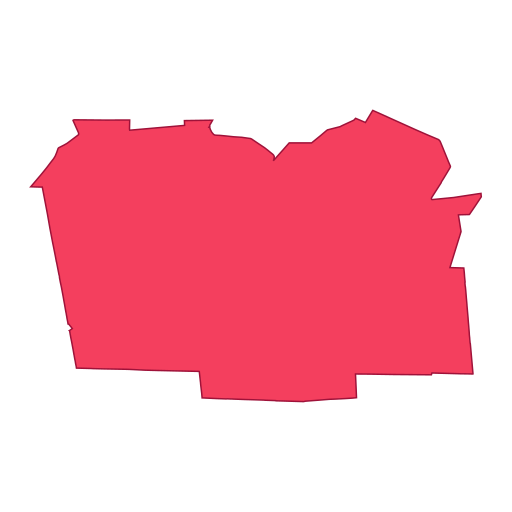 the district of Comana, Constanta, Romania
{"feature_id": "2599482B35418579984246", "entity_name": "Comana", "entity_type": "district", "adm_level": 2, "iso_a3": "ROU", "parent_name": "Romania", "parent_adm1": "Constanta", "projection": "natural_earth1", "projection_center": [28.343, 43.896], "detail": "fine", "context": "isolated", "style": "filled", "palette": "rose", "viewbox_px": 512, "rotation_deg": 0, "n_neighbors": 0, "source": "geoboundaries", "source_scale": "gbopen_adm2", "svg_char_len": 3462}
<svg xmlns="http://www.w3.org/2000/svg" viewBox="0 0 512 512"><path d="M481.0,193.4L478.0,193.8L453.7,197.5L432.1,199.6L431.6,199.4L431.4,198.6L431.6,197.7L433.2,195.2L436.9,189.4L441.2,182.7L441.4,181.9L443.8,178.1L447.3,172.3L449.2,169.1L449.7,168.3L449.9,167.9L450.2,167.3L450.4,166.8L450.4,166.7L450.4,166.3L450.4,166.2L449.8,164.8L449.1,163.2L448.4,161.6L447.7,159.8L447.3,158.8L444.4,151.7L442.5,147.0L440.3,141.7L439.7,140.7L438.6,139.6L427.0,134.7L415.6,129.7L372.8,110.4L372.3,111.1L365.4,122.5L365.0,122.3L355.6,118.3L353.8,120.2L341.9,125.7L340.0,126.7L339.9,126.7L327.4,129.9L327.3,130.0L326.1,130.9L325.4,131.5L320.7,135.5L311.6,142.9L302.4,142.9L289.2,142.9L273.3,160.8L273.8,159.6L274.1,158.1L274.3,156.6L273.7,155.3L272.8,154.3L268.6,150.9L264.7,147.8L257.2,142.8L251.6,139.0L250.4,138.5L248.1,138.2L241.8,137.3L234.0,136.8L226.4,136.0L220.2,135.4L216.0,135.2L214.6,135.0L213.6,134.4L211.8,132.3L210.5,129.8L209.7,127.6L209.8,127.2L209.0,127.2L209.7,126.0L209.7,125.7L209.8,125.4L210.0,124.5L210.6,123.8L211.7,121.8L211.9,121.4L212.0,121.3L212.6,120.2L184.4,120.6L184.6,125.4L129.7,130.2L129.5,129.1L129.7,120.0L122.6,120.0L106.9,120.1L74.2,119.8L73.2,120.1L73.0,120.4L74.6,124.0L76.5,128.3L78.4,132.5L78.7,133.9L78.6,134.3L78.5,134.6L78.4,134.8L78.0,135.1L67.1,143.3L64.3,144.9L60.4,146.9L58.8,147.7L58.4,148.1L58.1,148.4L57.0,151.6L56.6,152.7L55.2,156.1L53.6,158.7L50.7,162.4L46.7,167.7L42.0,173.5L32.5,184.7L30.7,186.8L31.3,186.8L37.3,187.0L42.3,187.1L47.4,213.9L49.9,228.2L52.7,242.9L53.3,245.8L55.4,256.4L56.4,261.8L56.5,261.9L59.0,274.8L59.3,275.7L59.4,276.2L59.4,276.4L59.5,277.8L60.4,282.5L61.4,287.1L63.2,296.8L64.0,301.4L64.8,305.8L64.9,306.5L65.1,307.6L65.3,308.8L65.5,309.9L65.8,311.6L66.3,314.0L66.3,314.3L66.5,315.4L66.6,316.0L66.7,316.3L67.0,318.4L67.9,322.9L68.0,324.0L69.0,324.3L69.5,325.1L71.0,326.9L72.3,328.6L69.4,330.6L69.6,330.7L70.1,333.7L70.1,333.9L70.3,334.8L70.8,337.7L71.6,341.6L72.0,343.7L72.4,345.9L73.1,349.6L73.6,352.5L73.8,353.6L73.9,354.3L74.0,354.8L74.1,355.2L74.7,358.7L75.2,361.1L75.3,361.7L75.6,363.6L76.2,366.4L76.3,367.1L76.3,367.3L76.4,367.8L76.5,367.9L76.5,368.1L91.3,368.5L92.6,368.6L104.2,368.9L115.5,369.1L121.2,369.2L126.9,369.3L129.7,369.4L145.8,370.2L146.5,370.2L154.1,370.4L154.6,370.4L158.0,370.5L158.6,370.5L176.1,370.9L199.1,371.4L199.3,371.5L199.3,371.8L200.0,378.0L200.3,380.8L200.5,382.4L200.6,383.7L200.7,384.8L201.7,393.4L202.1,397.9L202.4,397.9L217.4,398.6L217.6,398.6L223.1,398.8L225.6,398.9L226.4,398.9L227.4,398.8L228.9,398.9L231.1,399.0L232.1,399.0L233.8,399.1L236.8,399.2L244.7,399.5L251.9,399.7L264.2,400.1L264.6,400.2L275.8,400.6L275.9,400.8L283.3,401.0L303.6,401.6L305.3,401.2L319.6,400.1L324.5,399.7L329.4,399.3L335.0,399.1L344.8,398.6L352.5,398.1L353.6,398.0L356.5,397.7L356.3,392.5L355.5,374.0L369.5,374.1L394.0,374.5L431.4,374.8L431.9,373.0L443.6,373.3L458.3,373.7L461.2,373.8L463.1,373.8L469.5,373.9L472.7,374.0L473.0,373.9L470.3,343.5L470.1,343.1L469.7,338.7L469.7,338.1L469.5,336.4L469.3,334.3L469.3,333.7L469.2,332.1L468.6,324.7L468.4,322.5L468.1,318.6L468.1,318.4L467.0,305.7L466.9,304.1L466.4,298.4L465.7,289.9L465.4,286.8L465.2,286.0L464.9,282.6L465.0,282.3L465.1,282.2L464.6,277.0L464.3,272.8L463.8,268.0L463.7,268.0L450.0,267.6L449.9,267.6L460.8,232.4L460.7,232.4L461.0,231.3L458.4,214.9L458.8,214.8L462.8,214.7L466.6,214.6L468.0,214.6L469.4,214.5L470.5,212.9L475.4,205.7L481.3,196.8L481.1,195.0L481.0,193.4Z" fill="#f43f5e" stroke="#9f1239" stroke-width="1.5"/></svg>